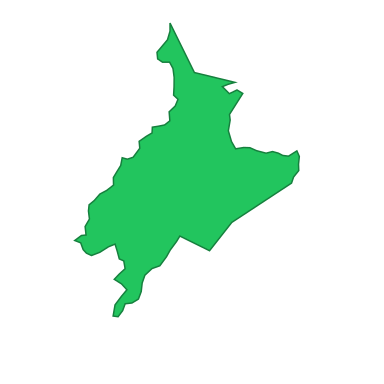 Divina Pastora, Sergipe, Brazil, rotated 24°
{"feature_id": "56859067B98111685296197", "entity_name": "Divina Pastora", "entity_type": "district", "adm_level": 2, "iso_a3": "BRA", "parent_name": "Brazil", "parent_adm1": "Sergipe", "projection": "equal_earth", "projection_center": [-37.165, -10.679], "detail": "fine", "context": "isolated", "style": "filled", "palette": "green", "viewbox_px": 384, "rotation_deg": 24, "n_neighbors": 0, "source": "geoboundaries", "source_scale": "gbopen_adm2", "svg_char_len": 1354}
<svg xmlns="http://www.w3.org/2000/svg" viewBox="0 0 384 384"><g transform="rotate(24 192 192)"><path d="M275.6,115.9L271.1,111.8L265.6,120.0L260.0,121.7L255.1,121.4L249.1,122.3L243.9,126.4L234.1,128.0L226.9,128.0L221.2,130.3L214.3,134.8L207.6,129.9L200.3,121.3L197.6,110.8L194.7,105.9L198.3,81.3L191.6,80.5L186.1,87.0L176.9,83.4L181.1,79.0L186.6,74.4L145.6,81.9L103.2,46.6L106.5,54.0L107.7,62.9L103.2,78.6L106.5,84.4L112.3,85.4L118.7,82.5L124.4,86.9L129.1,94.6L132.9,103.4L135.8,111.0L141.5,113.0L141.7,120.3L138.5,128.0L142.8,136.0L139.7,141.9L134.2,145.8L129.4,148.9L131.5,154.3L127.7,159.6L123.1,167.2L126.5,173.3L124.1,184.2L119.6,188.3L114.3,189.1L116.1,196.8L115.1,204.2L114.3,210.8L117.5,217.6L113.4,225.3L108.7,231.3L106.2,239.5L103.2,245.5L105.1,251.4L109.3,258.4L108.4,267.0L112.7,274.4L108.7,276.7L104.6,284.0L111.0,283.7L116.0,288.9L120.4,290.8L126.0,290.9L132.3,284.6L138.0,276.0L142.9,270.9L147.7,276.4L152.8,282.7L157.7,282.7L162.1,289.3L158.9,296.6L156.5,303.4L165.0,304.6L172.3,307.8L170.0,315.9L167.6,326.4L170.4,337.4L175.2,336.0L176.9,328.6L176.4,321.3L182.3,317.8L186.6,311.6L186.1,303.6L183.5,295.4L182.8,287.2L186.6,278.2L192.6,272.5L195.0,261.6L195.7,253.9L198.0,243.6L198.8,237.2L231.9,238.5L240.7,203.6L279.3,143.4L278.7,137.0L280.8,129.0L278.0,123.3L275.6,115.9Z" fill="#22c55e" stroke="#15803d" stroke-width="1.5"/></g></svg>